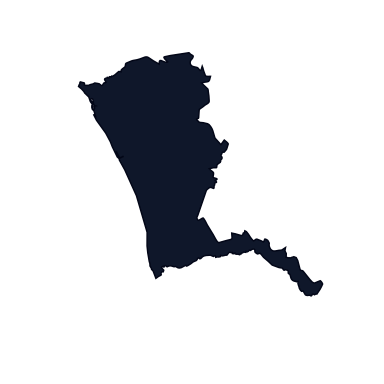 the State of Tamaulipas, rotated 149°
{"feature_id": "MEX-2716", "entity_name": "Tamaulipas", "entity_type": "State", "adm_level": 1, "iso_a3": "MEX", "parent_name": "Mexico", "parent_adm1": "", "projection": "mercator", "projection_center": [-98.976, 24.945], "detail": "fine", "context": "isolated", "style": "filled", "palette": "ink", "viewbox_px": 384, "rotation_deg": 149, "n_neighbors": 0, "source": "natural_earth", "source_scale": "10m", "svg_char_len": 6087}
<svg xmlns="http://www.w3.org/2000/svg" viewBox="0 0 384 384"><g transform="rotate(149 192 192)"><path d="M137.6,40.2L138.1,40.8L139.9,40.8L140.9,42.3L141.5,42.3L142.5,41.7L143.1,41.5L143.6,41.8L144.3,42.9L144.6,43.1L146.4,43.9L147.4,44.8L147.8,45.7L147.7,49.9L148.0,50.1L148.8,50.2L149.2,50.4L149.6,51.7L149.6,54.0L149.0,56.0L148.8,57.2L148.3,59.0L147.5,60.0L147.1,60.6L148.9,61.4L149.2,62.2L149.9,62.6L150.6,63.4L151.2,64.4L151.5,65.4L151.6,66.5L151.4,67.6L150.7,70.0L150.6,71.2L151.2,72.2L151.3,72.7L151.1,73.2L150.1,75.0L151.2,76.6L152.0,77.3L153.3,77.5L153.6,78.0L153.7,78.6L153.7,79.8L153.9,80.4L156.4,82.5L160.9,88.1L162.3,93.2L164.3,99.2L164.8,102.9L165.1,104.3L166.3,104.8L167.6,105.1L168.2,105.9L168.8,107.4L168.9,108.2L167.9,110.2L168.1,110.9L169.1,111.7L170.1,111.9L172.0,111.8L172.6,112.5L172.9,112.6L174.1,112.2L175.3,112.2L175.8,112.5L176.2,113.4L177.0,112.6L178.8,114.0L180.0,113.7L180.5,114.1L181.0,114.2L181.4,114.1L181.7,113.7L182.3,114.1L183.0,113.7L183.5,113.7L184.5,114.9L186.2,116.0L186.8,116.7L186.6,117.6L187.9,117.6L188.5,117.9L189.0,118.4L188.4,119.1L188.5,119.4L189.3,119.6L190.4,120.6L190.9,120.9L191.6,121.1L194.6,119.9L196.0,120.7L197.6,121.1L199.0,121.7L200.1,123.0L200.9,122.0L202.3,122.4L203.9,123.4L205.3,123.8L204.9,124.9L204.9,125.5L205.5,125.7L206.8,125.7L208.8,128.4L212.7,130.4L214.6,131.0L216.3,131.1L218.7,130.5L219.7,130.7L220.1,132.1L220.6,132.3L221.7,131.9L223.3,131.1L224.0,131.1L226.9,131.5L230.1,131.1L233.9,131.1L234.9,131.4L235.0,132.3L235.7,132.5L240.1,132.7L241.1,133.0L242.0,133.4L243.0,134.2L244.4,136.6L245.9,137.2L248.1,139.6L249.9,140.5L251.8,140.7L252.1,141.1L252.4,142.0L252.9,142.8L254.0,143.0L254.2,142.8L254.3,142.2L254.7,142.2L255.1,142.5L255.4,143.3L255.9,143.4L257.0,143.0L257.0,141.9L256.5,139.6L256.7,139.3L257.8,138.4L258.7,139.1L259.9,138.7L260.8,137.8L261.0,136.9L261.6,136.7L264.1,136.9L267.4,136.6L266.0,144.3L266.5,146.5L266.1,147.6L266.1,150.2L265.0,152.2L264.4,154.5L261.2,162.7L258.3,168.9L251.2,180.6L241.5,217.5L238.2,245.6L237.8,256.8L237.4,257.8L236.5,258.1L232.9,257.8L232.9,258.1L235.4,258.2L236.1,258.8L236.4,260.2L236.0,265.3L236.4,265.3L236.7,263.8L236.9,260.2L237.4,258.5L238.0,260.5L237.0,271.7L236.1,277.0L235.6,286.9L236.9,302.7L236.4,309.4L236.4,305.4L235.8,306.0L234.3,311.7L233.9,312.5L232.2,314.2L232.1,314.6L232.1,315.4L231.8,315.8L231.5,315.8L230.2,315.4L231.1,316.6L231.2,317.7L229.5,321.7L229.3,322.5L229.4,323.3L229.9,323.7L230.5,323.7L231.1,323.4L231.5,322.9L231.3,320.7L231.5,319.9L232.0,319.2L232.3,319.2L232.5,320.7L232.5,322.2L231.5,326.6L233.0,332.2L232.9,333.8L233.6,337.2L234.9,340.9L233.2,342.2L232.3,342.6L231.9,343.3L231.4,343.8L230.9,343.8L229.4,342.2L228.3,341.2L228.3,340.4L229.2,339.0L228.5,338.4L225.8,336.7L223.7,336.4L221.2,335.6L219.2,335.5L216.7,333.4L215.8,332.5L214.9,330.0L213.9,329.6L213.3,329.8L212.3,330.4L211.3,330.8L211.0,330.8L210.1,330.3L209.3,330.3L209.1,331.4L209.1,332.7L208.9,333.6L208.3,334.0L207.6,334.0L206.3,333.5L205.6,333.9L204.8,332.5L204.3,332.6L203.6,333.3L203.1,333.2L201.8,332.2L201.1,332.7L200.4,332.1L198.0,332.1L192.8,333.0L191.8,332.4L190.8,331.6L189.9,332.9L188.4,333.4L185.3,333.7L184.5,334.1L182.9,336.0L182.0,336.3L176.5,335.5L174.9,335.1L171.2,333.7L168.3,332.9L163.0,331.9L161.9,331.5L160.9,330.8L160.1,329.7L157.5,324.2L155.8,321.2L154.3,318.5L153.1,320.2L152.4,320.9L151.6,321.1L150.8,320.6L148.3,317.3L147.8,316.9L146.7,316.1L146.2,315.9L145.8,316.0L146.7,319.5L146.8,320.2L146.8,321.7L146.3,322.1L145.5,321.9L140.3,320.1L123.0,313.0L122.7,312.6L122.4,311.0L121.0,308.4L121.1,307.7L121.8,307.0L122.9,306.3L125.2,305.5L126.3,304.7L127.2,303.5L127.6,302.0L127.3,300.2L126.2,298.7L123.5,296.1L123.0,295.1L122.6,292.1L121.8,291.8L120.6,292.6L118.5,294.5L118.8,292.8L119.7,289.6L120.6,284.8L120.2,283.9L119.0,283.0L116.6,281.6L119.3,279.0L120.8,278.3L122.4,278.7L125.0,279.8L127.7,280.5L125.4,272.1L125.7,271.0L126.3,269.8L128.1,265.6L130.4,261.2L131.0,260.4L132.0,260.0L133.1,259.8L136.0,259.8L138.9,259.4L141.8,259.2L143.2,259.0L144.0,258.1L148.1,252.2L148.6,251.9L150.1,252.2L150.6,252.1L150.7,251.6L150.0,248.5L149.4,247.6L146.7,245.6L143.5,242.5L142.7,241.0L142.3,238.5L142.3,235.8L142.6,233.9L144.4,227.0L144.5,226.1L142.8,217.7L137.6,219.9L136.6,217.2L136.2,215.7L136.2,214.5L139.8,211.3L140.6,210.7L143.8,209.6L144.2,209.7L145.0,210.3L145.4,210.4L145.8,210.3L146.9,209.3L147.9,209.0L148.2,208.7L148.4,208.1L148.4,206.4L148.7,205.7L149.3,205.1L150.7,204.7L151.1,204.5L151.6,203.6L152.5,202.9L155.3,202.7L156.5,202.3L157.0,202.0L158.1,200.5L158.6,200.3L161.2,201.8L165.2,203.1L164.8,201.1L163.8,198.6L163.7,197.4L164.3,196.3L166.0,194.3L166.3,193.6L166.0,193.0L164.1,190.9L163.9,190.2L164.6,189.9L165.5,189.8L166.2,189.9L165.8,188.2L166.1,187.7L168.1,187.9L168.9,186.4L169.7,186.2L171.1,184.1L171.7,184.0L173.3,186.1L174.4,186.7L175.7,186.7L178.1,186.3L179.1,185.8L199.1,169.0L200.8,167.8L201.4,166.9L201.4,165.0L201.2,164.5L200.8,164.2L200.1,164.2L196.7,164.2L195.9,164.0L195.6,162.6L195.6,160.1L195.9,155.9L195.8,144.4L196.0,139.2L195.9,136.3L195.2,134.8L186.9,132.5L184.4,131.7L183.0,131.3L182.0,131.3L181.2,132.2L179.1,136.3L176.4,133.8L172.4,129.5L171.6,129.0L170.5,129.2L170.1,129.4L169.4,130.3L169.0,130.4L168.3,130.1L167.9,130.2L166.7,131.5L165.8,130.0L165.4,126.8L165.3,123.2L165.0,120.6L164.7,119.0L164.4,118.4L163.6,118.3L162.1,118.5L161.3,118.5L160.6,118.1L157.9,114.6L156.6,112.5L155.9,112.5L154.8,113.5L153.7,114.1L152.8,113.1L152.3,112.2L152.0,111.4L152.0,110.4L152.1,108.5L152.3,108.1L153.0,107.2L153.7,105.8L154.0,104.3L154.1,102.6L153.7,101.0L152.6,99.5L150.9,98.5L147.5,97.2L145.3,96.1L144.6,96.0L140.5,96.2L142.2,94.3L142.7,93.4L142.9,90.7L143.6,89.6L145.0,87.6L144.5,87.4L143.9,86.3L142.2,85.3L141.6,84.8L139.7,84.5L138.6,84.1L138.1,84.1L136.5,82.1L136.7,78.7L139.1,70.6L139.3,69.6L139.0,68.7L137.9,67.7L137.5,66.9L136.1,56.5L135.3,52.7L134.2,50.9L127.8,49.9L127.5,49.2L127.3,47.9L127.3,46.5L127.5,45.8L129.8,44.2L132.3,42.7L137.6,40.2ZM233.3,316.5L234.1,314.2L234.6,313.5L234.8,314.5L234.2,316.3L233.1,317.9L231.8,318.4L232.2,317.8L233.3,316.5Z" fill="#0f172a" stroke="#020617" stroke-width="1.5"/></g></svg>